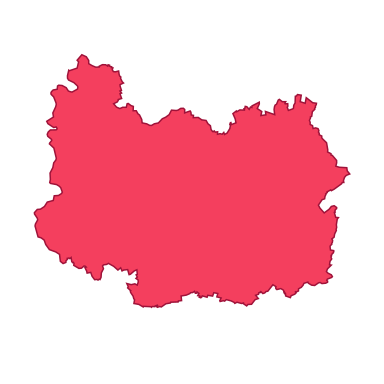 Callan-Thomastown Lea-6, Kilkenny, Ireland, rotated 188°
{"feature_id": "5873133B16918470579073", "entity_name": "Callan-Thomastown Lea-6", "entity_type": "district", "adm_level": 2, "iso_a3": "IRL", "parent_name": "Ireland", "parent_adm1": "Kilkenny", "projection": "albers", "projection_center": [-7.206, 52.516], "detail": "fine", "context": "isolated", "style": "filled", "palette": "rose", "viewbox_px": 384, "rotation_deg": 188, "n_neighbors": 0, "source": "geoboundaries", "source_scale": "gbopen_adm2", "svg_char_len": 5927}
<svg xmlns="http://www.w3.org/2000/svg" viewBox="0 0 384 384"><g transform="rotate(188 192 192)"><path d="M320.2,312.6L324.1,306.5L322.4,305.1L323.0,298.7L330.4,295.0L331.0,295.4L331.5,289.8L331.1,287.3L329.8,285.7L324.2,283.9L320.2,281.1L319.6,280.0L319.7,278.0L324.6,274.3L326.0,274.3L328.5,274.8L331.1,277.8L335.5,279.4L338.9,279.2L339.9,278.3L339.8,275.0L343.7,273.7L345.1,271.8L345.5,270.4L345.1,269.1L342.2,266.9L339.0,261.2L338.6,259.6L338.9,257.2L340.8,250.9L339.6,247.0L345.7,241.8L344.2,239.6L337.9,236.6L335.6,237.5L334.5,236.3L334.6,235.1L335.3,234.6L340.9,233.7L342.7,231.5L343.4,229.0L342.6,227.1L338.4,224.5L338.1,223.5L339.8,220.6L339.9,219.8L334.9,216.3L331.1,206.6L331.2,204.9L333.0,201.6L333.2,196.8L335.2,191.0L334.0,184.7L334.2,181.5L333.3,180.8L327.1,180.5L324.3,179.3L322.6,178.0L320.4,173.8L321.0,172.3L323.7,170.0L327.9,169.1L328.2,164.3L333.9,161.9L336.1,157.1L339.7,153.9L342.8,153.2L345.2,149.6L344.9,148.3L341.6,144.6L340.9,143.0L342.6,138.5L342.7,136.5L338.2,126.1L335.0,125.6L331.7,123.8L329.5,119.6L325.2,115.1L318.6,113.7L314.5,111.8L312.7,105.0L309.7,103.2L307.1,104.7L307.2,106.4L305.9,108.1L306.3,108.9L304.6,109.5L303.7,109.0L302.6,110.3L301.4,106.4L300.4,105.4L299.6,105.8L298.9,104.7L298.9,102.9L293.3,100.6L290.8,101.2L288.6,103.7L287.3,103.6L286.3,102.9L287.5,102.2L285.3,99.0L284.6,97.1L281.1,98.3L279.2,94.6L276.2,91.6L274.0,92.2L272.8,91.7L271.7,92.8L270.9,92.5L270.2,94.8L270.5,99.3L269.0,103.7L270.3,106.3L269.5,107.5L266.5,108.4L264.8,109.7L259.2,107.5L254.5,104.4L252.1,107.0L250.3,104.1L248.8,105.2L244.9,106.2L242.8,101.4L241.6,101.9L238.2,105.8L235.8,107.3L234.7,102.9L235.8,102.2L234.3,100.2L235.5,98.6L233.2,97.5L232.7,95.4L233.3,92.2L235.8,93.1L239.3,91.8L243.8,92.3L241.9,89.3L242.4,88.1L239.1,85.8L239.4,85.6L238.8,84.0L235.8,80.6L234.8,78.2L233.9,77.4L234.0,73.5L229.0,73.3L224.4,71.4L224.3,72.0L216.7,72.7L216.1,72.2L215.4,73.1L212.8,73.3L212.7,74.0L209.9,75.4L211.2,73.7L210.3,73.0L208.0,74.1L206.4,73.9L202.3,77.7L197.9,79.1L197.8,79.9L190.4,81.2L190.3,82.2L187.2,83.0L188.3,87.5L183.3,89.1L180.0,91.1L179.4,92.1L177.4,92.5L175.6,94.0L174.6,92.2L173.2,92.5L173.1,93.7L171.0,92.5L171.9,90.2L170.0,90.2L170.2,88.8L168.7,88.5L168.7,89.2L167.8,89.2L167.4,90.6L162.4,89.9L162.0,91.9L157.1,91.8L156.4,95.3L152.3,95.1L152.8,91.6L148.4,91.1L149.4,88.2L148.9,87.5L145.9,88.7L144.5,88.5L143.0,90.2L138.1,89.6L135.0,88.6L134.1,87.7L132.1,89.1L127.4,88.5L125.6,89.2L125.5,88.5L122.0,86.8L121.0,88.4L117.4,89.1L114.5,94.2L111.5,95.7L114.6,98.6L111.9,100.0L111.9,101.4L110.0,102.1L110.4,102.7L110.0,103.0L107.7,101.3L105.9,102.2L104.9,103.7L103.1,104.3L99.0,111.4L95.7,110.0L95.8,108.7L95.4,107.9L94.4,107.2L90.6,108.7L88.4,107.8L87.7,107.4L87.0,105.5L86.6,105.9L86.1,105.1L86.4,104.9L86.1,104.2L85.3,104.4L84.8,102.1L79.9,101.1L79.4,103.1L76.0,105.1L74.9,106.6L76.1,107.9L74.9,107.5L72.8,108.8L73.0,111.0L70.5,112.8L69.0,115.2L68.5,117.1L64.7,118.9L64.1,117.9L60.6,116.4L57.5,116.5L54.0,119.7L52.5,120.2L50.6,119.4L46.9,120.3L45.2,121.5L45.3,122.6L46.3,123.3L45.8,124.6L41.8,126.8L41.2,127.8L42.5,129.4L46.1,130.6L47.8,131.9L47.1,134.8L43.9,139.0L45.7,139.1L45.7,142.5L44.3,145.2L45.1,146.3L45.3,147.4L45.0,147.9L45.4,148.6L44.9,149.0L44.5,150.6L43.6,151.3L43.3,152.9L43.5,153.7L46.8,153.8L47.7,157.1L47.5,158.2L46.3,159.6L46.5,160.6L46.0,161.6L46.0,163.8L47.0,165.0L45.0,167.0L44.9,170.3L43.7,174.0L44.1,175.1L43.8,177.1L44.5,179.6L44.4,185.3L43.5,187.0L46.2,186.9L48.2,191.6L47.4,192.0L47.8,192.9L47.6,194.5L46.5,195.6L46.6,196.8L49.3,198.2L52.0,197.1L53.9,193.9L58.2,189.7L63.0,193.8L65.0,196.6L62.1,202.5L59.7,203.7L59.7,206.1L59.0,208.4L59.3,208.8L58.0,210.3L58.3,210.9L54.9,213.4L54.2,212.7L51.7,214.5L45.0,221.0L44.5,222.4L43.0,222.6L43.6,224.5L43.0,227.7L41.6,229.9L38.3,231.8L41.2,234.5L42.1,237.6L49.6,237.0L53.2,237.6L52.8,241.0L53.2,243.4L58.2,247.8L59.4,247.9L59.7,249.3L63.3,250.5L63.4,252.6L65.6,259.5L70.5,263.1L71.1,264.0L71.3,265.5L74.0,266.4L74.2,267.9L75.1,268.9L74.9,270.5L76.0,272.3L78.5,272.7L80.9,271.7L81.9,274.5L84.4,275.3L84.7,277.5L85.7,279.3L85.0,281.6L85.2,282.8L84.0,283.6L84.0,288.3L81.9,291.0L82.2,291.8L81.5,293.2L81.8,294.5L81.1,295.7L81.1,297.2L84.9,297.2L92.0,301.3L92.3,295.6L97.4,296.5L97.3,303.1L101.6,303.2L101.3,303.1L101.8,301.7L103.0,301.2L102.3,294.5L103.3,292.1L103.2,289.0L103.7,288.4L107.9,286.2L109.5,289.2L109.0,290.3L109.5,292.8L112.0,292.3L112.4,293.0L111.8,294.5L115.2,294.0L118.4,295.9L119.4,295.0L120.5,290.7L121.8,289.6L122.2,287.8L122.2,285.1L120.9,280.1L130.5,282.0L129.6,278.7L134.4,277.3L134.1,281.4L139.0,283.7L137.6,288.6L137.9,290.3L144.6,285.6L144.5,284.0L145.9,284.3L146.9,281.8L149.6,284.1L151.2,284.2L151.4,281.7L152.1,281.6L151.6,280.4L156.1,279.9L158.9,277.7L159.4,278.4L162.4,275.3L159.4,270.4L158.1,266.6L162.5,264.2L163.1,266.2L163.6,266.0L164.0,264.2L163.2,263.0L163.4,260.0L165.4,255.3L167.8,253.5L168.8,255.4L170.2,253.4L172.3,253.7L174.8,252.7L175.0,255.2L177.3,254.5L178.5,255.6L179.5,254.6L180.1,254.8L181.8,256.5L183.0,260.2L185.7,261.8L188.0,264.8L192.4,264.8L196.2,266.7L201.1,265.8L201.2,268.1L203.5,268.2L204.2,270.9L205.1,272.0L210.3,269.3L210.7,272.7L212.2,273.7L214.9,273.2L217.1,271.2L218.9,270.5L223.7,270.2L225.4,265.4L228.5,262.4L231.6,260.4L234.9,255.7L238.8,254.3L241.3,252.3L243.2,252.1L246.3,253.2L251.0,253.5L251.9,256.9L254.7,261.0L256.4,261.9L258.5,264.7L261.6,264.3L262.0,268.6L264.4,269.1L267.5,270.8L268.5,270.4L268.9,266.7L272.3,266.3L275.1,264.6L278.5,265.5L281.9,268.5L278.5,270.8L277.7,272.8L277.9,273.3L274.7,274.8L277.0,279.3L275.5,280.2L277.4,282.0L276.0,282.8L278.0,287.0L278.2,288.3L275.0,290.4L276.4,291.4L278.5,294.5L278.5,296.0L279.7,296.7L280.5,298.2L281.5,301.6L284.7,300.3L286.6,300.3L288.0,302.0L287.6,303.9L289.1,303.9L289.0,304.8L291.3,305.1L291.3,306.1L292.8,306.3L293.1,305.0L295.2,306.0L298.5,305.6L301.4,303.6L301.3,302.9L304.6,302.2L308.4,303.2L312.1,304.7L312.6,307.9L315.5,311.2L320.2,312.6Z" fill="#f43f5e" stroke="#9f1239" stroke-width="1.5"/></g></svg>